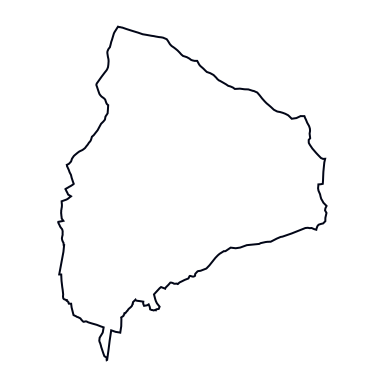 the district of Diosig, Bihor, Romania, rotated 89°
{"feature_id": "2599482B5279611201513", "entity_name": "Diosig", "entity_type": "district", "adm_level": 2, "iso_a3": "ROU", "parent_name": "Romania", "parent_adm1": "Bihor", "projection": "equal_earth", "projection_center": [21.983, 47.326], "detail": "fine", "context": "isolated", "style": "outline", "palette": "ink", "viewbox_px": 384, "rotation_deg": 89, "n_neighbors": 0, "source": "geoboundaries", "source_scale": "gbopen_adm2", "svg_char_len": 5927}
<svg xmlns="http://www.w3.org/2000/svg" viewBox="0 0 384 384"><g transform="rotate(89 192 192)"><path d="M340.6,286.9L341.4,286.5L342.1,286.3L344.2,285.7L345.3,285.5L352.0,283.4L353.7,282.8L354.7,282.4L355.5,281.1L356.0,280.4L356.3,280.1L356.7,280.1L357.8,280.3L358.6,280.2L358.4,279.8L348.9,278.3L339.1,276.9L328.9,275.2L330.5,270.8L331.1,267.5L331.4,266.2L325.0,265.1L317.5,264.8L316.2,265.0L314.8,262.8L314.1,262.6L313.4,261.9L313.2,261.9L312.3,261.8L312.1,261.8L312.0,261.6L311.9,261.5L311.9,261.3L311.9,260.8L311.7,260.5L310.8,259.8L309.9,259.1L309.7,258.7L308.2,257.7L307.5,257.0L306.1,255.3L305.2,254.4L304.8,254.1L303.8,253.7L303.4,253.5L302.9,253.1L302.6,253.3L302.0,253.1L301.1,252.9L300.6,252.4L298.7,250.4L299.2,250.2L299.5,249.8L299.8,248.8L300.2,246.0L300.8,242.6L302.1,242.8L303.3,242.6L305.0,241.9L304.9,241.3L304.5,238.9L303.9,237.8L303.6,237.3L305.8,236.4L306.5,236.2L307.8,236.0L308.6,235.9L308.8,235.4L309.1,234.8L309.3,234.4L309.3,234.1L309.4,233.3L309.7,232.7L309.7,232.2L309.3,230.9L309.4,230.5L309.6,230.2L308.7,229.7L308.3,227.3L306.1,226.4L302.7,229.0L300.5,230.0L298.6,230.6L293.7,231.8L287.6,226.0L286.5,224.6L288.2,220.5L287.2,220.1L284.4,217.2L282.2,215.2L282.3,213.9L282.9,212.3L283.4,211.5L283.4,209.8L283.3,208.7L283.8,208.1L283.7,207.6L282.5,206.4L282.1,205.8L281.1,203.6L279.7,200.7L278.4,197.1L276.2,196.0L275.9,195.6L275.9,195.1L276.6,192.9L276.6,192.0L276.3,191.1L275.8,190.4L274.3,190.3L273.8,190.1L271.5,187.9L271.2,187.2L270.9,184.8L268.9,179.3L268.7,178.9L265.7,175.9L258.3,169.8L255.8,167.3L254.3,165.5L251.7,161.2L251.8,160.1L251.6,159.4L248.3,154.3L249.0,149.3L248.4,144.8L246.1,138.1L245.1,125.8L244.3,124.2L243.7,121.2L243.3,119.2L243.1,117.1L243.1,114.2L240.1,108.1L238.5,104.2L238.2,102.3L235.2,93.1L232.3,85.4L230.0,79.3L229.8,76.8L230.2,74.9L230.1,73.3L230.1,73.0L231.3,70.4L231.9,68.4L230.9,68.2L229.5,67.6L228.7,67.4L227.7,66.7L226.9,65.9L226.2,63.7L225.7,61.4L223.5,59.2L220.2,59.1L215.3,57.9L212.7,59.3L210.6,58.9L208.3,57.7L205.0,60.8L202.5,62.1L201.7,62.6L201.1,62.9L199.0,63.5L196.5,64.0L192.9,65.5L190.4,65.9L189.0,65.7L186.6,65.5L186.5,63.1L186.1,61.1L182.8,60.8L179.1,60.6L174.2,60.3L169.0,59.7L164.8,59.2L161.1,58.3L161.2,60.4L160.3,62.4L158.6,64.0L157.1,65.4L155.1,67.2L151.6,70.1L150.8,70.8L146.8,73.4L145.1,74.3L144.4,74.4L142.0,74.4L141.3,73.8L140.3,72.9L135.7,73.4L133.0,72.9L130.8,73.0L129.0,73.5L127.9,73.9L127.0,74.4L124.8,75.6L121.7,76.8L119.8,77.7L118.8,78.0L118.1,78.3L118.0,82.1L119.9,86.3L120.5,91.0L118.3,93.1L116.9,94.6L115.4,97.4L114.4,99.9L113.5,102.8L113.4,103.5L113.0,105.4L111.2,108.7L108.4,111.6L106.5,113.7L104.6,115.9L102.7,117.7L99.8,120.2L96.6,122.6L93.7,125.0L92.0,128.6L92.0,129.2L90.4,133.9L90.2,137.8L89.5,142.3L89.6,144.6L89.7,147.4L88.3,149.2L87.1,151.8L86.5,153.9L85.0,156.0L83.0,159.3L81.4,162.0L80.9,163.1L79.5,164.7L78.2,165.7L75.4,168.4L73.5,171.7L72.6,174.1L72.3,175.0L71.1,176.3L68.8,178.5L67.0,180.5L66.1,181.5L64.7,182.6L61.0,184.5L60.9,187.3L60.4,189.3L59.9,190.6L58.6,192.2L57.1,194.8L56.5,196.5L55.8,198.6L54.3,200.3L52.3,202.0L50.2,204.0L48.5,206.0L47.3,207.5L45.6,209.9L43.8,211.5L40.7,213.3L38.8,214.6L37.2,218.2L36.8,220.1L36.5,222.5L35.9,225.6L35.5,227.3L35.1,229.8L34.1,234.8L33.4,238.6L32.8,240.2L31.7,243.2L31.1,245.1L29.5,250.0L27.8,255.0L26.4,258.8L26.3,259.5L25.8,261.4L25.9,261.9L25.4,263.1L26.3,263.7L30.7,266.6L32.0,267.3L34.8,268.2L38.6,269.4L40.4,270.1L43.5,270.9L45.2,271.4L45.6,271.5L45.9,271.6L46.4,272.1L48.0,273.3L48.4,273.4L49.7,274.0L50.7,274.2L51.7,274.2L53.2,274.0L55.4,273.7L57.8,273.2L58.2,273.2L59.7,273.1L63.1,273.4L65.7,273.8L66.9,274.3L67.8,274.7L68.9,275.4L70.0,276.3L71.2,277.3L73.0,278.7L75.3,280.5L78.0,282.5L80.6,284.4L81.8,285.3L82.3,285.5L82.8,285.7L83.6,285.7L85.0,285.2L89.2,283.9L92.2,282.9L93.2,282.3L94.9,280.9L96.7,278.5L97.5,277.7L98.1,277.2L100.0,276.6L101.7,276.0L102.2,275.8L102.8,275.3L103.4,274.7L103.7,274.3L107.8,274.6L111.9,275.0L115.1,277.2L118.1,277.8L120.0,279.4L122.2,281.7L125.2,283.4L128.6,285.3L130.9,287.2L133.5,289.3L135.0,291.1L137.3,291.8L138.8,292.4L139.8,293.1L140.8,294.1L142.0,294.9L142.6,295.3L143.5,296.0L144.5,296.9L146.1,298.1L146.9,299.1L147.4,299.8L148.1,300.8L149.5,303.9L150.7,305.6L152.7,308.1L153.9,309.5L156.6,311.4L159.4,312.4L161.6,314.5L161.8,314.8L162.7,316.7L163.4,316.5L164.0,316.5L164.6,316.2L167.8,314.8L170.2,314.0L172.8,312.7L173.3,312.6L175.6,312.1L176.6,311.8L178.5,311.2L178.9,311.1L181.8,310.1L182.7,311.2L184.1,313.5L184.5,314.4L185.4,315.9L186.8,318.5L187.0,318.5L187.6,318.1L188.0,317.9L188.8,317.6L190.5,316.7L192.4,315.9L194.2,313.0L194.3,313.1L194.8,313.9L195.2,314.5L195.5,314.8L196.3,315.8L196.9,316.7L197.4,317.7L198.9,322.2L199.0,322.5L201.1,322.4L201.8,322.3L202.5,322.3L203.7,322.3L204.3,322.4L204.6,322.4L204.9,322.5L205.3,322.5L206.0,322.7L206.9,322.8L208.2,323.1L208.5,323.1L209.2,323.1L210.2,323.2L211.2,323.2L211.3,323.2L211.6,323.1L212.0,323.1L213.4,323.0L215.0,322.8L215.8,322.8L216.2,322.7L216.9,322.3L217.6,321.8L218.6,321.1L218.8,321.9L219.5,326.2L219.8,326.3L220.9,326.0L222.5,325.2L223.1,324.9L223.9,324.6L224.4,324.4L226.1,323.2L226.4,322.9L226.7,322.7L227.1,322.5L227.9,322.2L228.7,322.1L229.1,322.0L230.9,322.1L231.7,322.1L232.7,322.1L233.6,322.4L234.6,322.6L235.9,322.9L237.5,322.7L238.1,322.5L239.3,322.1L240.5,321.4L242.9,321.2L242.9,320.8L249.6,321.6L272.1,326.2L272.2,324.2L275.8,324.1L278.6,324.0L281.6,323.7L284.7,323.4L287.7,323.0L292.2,322.6L294.1,322.8L295.0,322.7L295.9,322.6L296.6,322.2L297.0,321.7L297.7,319.9L297.8,319.4L298.1,319.6L298.4,319.3L298.6,319.2L298.9,318.4L299.3,318.2L300.1,317.4L301.0,317.3L301.5,317.1L301.6,314.8L305.3,314.4L313.0,312.6L314.2,310.2L315.0,308.9L315.3,307.8L315.7,307.2L316.4,305.8L317.7,304.9L319.5,303.3L319.9,302.5L319.5,300.7L319.6,299.7L320.5,298.0L321.5,295.0L321.9,293.7L322.5,291.7L323.2,289.4L324.8,285.5L325.8,282.7L331.0,283.7L336.1,286.9L338.5,287.2L339.1,287.3L339.5,287.2L340.6,286.9Z" fill="none" stroke="#020617" stroke-width="2"/></g></svg>